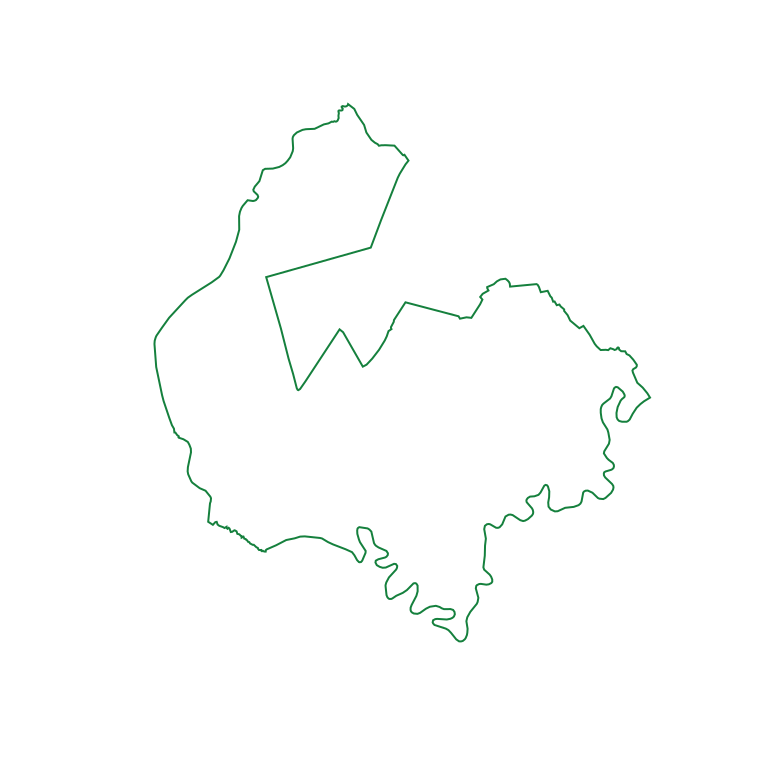 Khong Chai, Kalasin, Thailand (orthographic projection), rotated 327°
{"feature_id": "78962969B1811381389630", "entity_name": "Khong Chai", "entity_type": "district", "adm_level": 2, "iso_a3": "THA", "parent_name": "Thailand", "parent_adm1": "Kalasin", "projection": "orthographic", "projection_center": [103.475, 16.263], "detail": "fine", "context": "isolated", "style": "outline", "palette": "green", "viewbox_px": 768, "rotation_deg": 327, "n_neighbors": 0, "source": "geoboundaries", "source_scale": "gbopen_adm2", "svg_char_len": 6166}
<svg xmlns="http://www.w3.org/2000/svg" viewBox="0 0 768 768"><g transform="rotate(327 384 384)"><path d="M599.7,540.3L599.8,535.2L599.0,527.9L597.1,520.9L599.0,510.0L599.7,508.0L601.1,507.3L604.4,507.4L605.7,506.7L606.5,505.6L606.3,499.3L605.4,493.7L603.8,491.0L604.1,488.0L600.8,485.7L600.0,483.3L600.6,481.5L600.2,480.8L599.5,480.7L598.0,481.5L596.0,481.1L595.1,479.5L593.3,477.3L590.5,477.7L588.6,476.1L584.2,473.5L582.9,468.3L582.6,465.0L583.3,454.8L582.9,443.9L578.2,443.6L574.7,432.2L575.5,426.3L574.9,420.8L575.7,419.6L575.6,419.1L574.4,415.1L574.4,412.9L571.8,412.0L572.0,407.7L570.7,407.1L571.7,402.9L571.3,401.1L572.0,395.0L565.5,392.4L566.8,387.0L566.9,384.5L566.3,383.3L542.8,371.0L544.1,368.4L544.4,366.8L544.1,364.6L543.2,361.9L538.6,359.7L534.6,359.4L530.4,360.1L523.3,358.9L522.8,359.8L522.5,362.5L515.9,362.1L512.1,363.4L512.5,366.8L508.0,369.5L493.3,376.1L489.5,373.0L483.3,370.6L483.4,367.8L446.5,327.2L427.2,335.8L426.0,337.2L420.8,340.1L420.3,340.9L420.2,342.0L416.6,342.1L412.3,345.5L408.4,347.9L398.5,352.6L388.0,356.3L379.9,358.3L375.7,357.9L377.9,318.3L376.5,314.0L319.5,339.0L310.9,342.5L308.8,342.5L308.4,341.9L308.5,340.2L313.2,326.2L317.8,310.7L327.7,281.5L343.4,230.2L447.2,262.4L470.9,244.9L507.9,218.5L511.8,216.2L521.7,211.5L526.2,210.0L526.0,202.9L524.8,202.7L524.5,202.3L522.6,189.8L515.7,184.8L511.9,182.4L509.5,181.4L509.3,179.4L507.8,176.7L506.4,172.4L506.2,163.5L508.4,155.9L508.1,143.7L508.9,137.1L506.3,129.7L505.4,130.5L503.8,130.6L502.4,130.1L500.7,128.4L499.6,128.3L499.2,129.1L499.3,130.7L498.2,131.7L497.1,131.4L495.4,130.1L494.7,130.1L494.1,130.8L493.7,132.2L491.9,134.2L490.8,136.3L488.6,137.8L487.2,138.0L486.2,137.5L485.5,136.6L484.0,136.4L483.1,135.5L479.4,135.2L474.9,133.5L464.8,132.2L457.3,127.8L454.1,126.5L447.9,125.6L443.8,126.3L442.0,127.3L440.9,128.5L436.2,136.8L434.2,139.1L428.8,142.8L424.7,144.3L421.6,145.1L418.2,145.3L414.3,144.9L408.1,142.8L401.5,138.8L398.8,138.7L390.0,146.0L383.1,148.1L380.2,149.9L379.7,151.5L380.9,156.6L380.5,158.4L379.7,159.1L376.9,160.0L375.4,159.8L373.8,159.2L369.7,155.6L362.6,157.7L360.3,158.8L357.0,161.1L353.9,164.3L346.6,175.8L337.3,184.1L322.8,194.5L311.3,201.2L305.7,203.9L304.1,204.4L294.8,204.9L271.6,204.6L266.5,204.8L263.1,205.5L239.9,211.4L228.6,215.8L219.6,219.5L218.0,220.5L215.3,222.8L213.3,225.4L202.2,245.7L191.8,272.5L189.9,278.2L185.5,295.3L183.7,303.1L183.5,307.1L181.8,310.5L182.6,311.1L182.7,314.1L183.4,316.1L182.6,316.8L182.6,317.2L185.7,321.1L187.9,325.7L187.7,328.8L186.8,333.0L184.9,336.2L174.2,347.0L171.7,350.4L170.6,353.1L169.4,360.7L169.5,362.3L172.7,371.0L176.2,376.3L177.0,383.9L176.7,385.6L174.7,388.1L173.1,389.3L161.5,403.8L163.8,408.9L167.3,408.0L168.6,408.5L167.9,411.2L168.6,413.2L171.0,416.3L171.8,417.9L174.2,418.0L173.6,419.2L173.9,420.2L175.4,420.0L175.7,421.1L174.9,424.7L176.2,425.3L178.8,425.2L179.3,425.7L180.1,427.3L179.4,429.8L180.8,431.3L181.2,433.4L181.7,433.8L180.9,435.3L183.0,435.5L182.6,437.7L183.6,438.7L183.6,439.8L184.1,440.5L184.0,442.2L184.9,443.3L184.8,444.7L186.3,447.4L187.2,447.9L188.1,451.5L188.9,452.7L188.6,453.7L188.8,455.2L190.6,456.3L190.3,457.1L190.6,457.8L191.5,457.8L192.3,459.3L193.5,460.1L194.4,459.0L195.5,458.8L205.7,460.5L217.0,461.6L225.1,464.8L230.5,466.3L234.5,468.6L246.5,478.3L247.9,479.8L250.9,486.0L253.9,490.8L261.8,501.7L265.6,507.6L265.9,511.5L265.5,517.1L266.0,519.7L266.6,520.3L267.9,520.8L269.5,520.3L276.5,515.6L277.7,514.0L277.7,503.6L278.3,500.7L280.0,495.2L281.7,492.3L283.0,490.9L283.8,490.6L285.3,490.6L291.6,496.2L292.5,498.1L293.0,500.9L289.0,511.9L288.9,513.8L289.2,515.4L290.4,518.1L295.1,525.3L295.1,528.1L294.0,529.5L292.0,530.2L290.4,530.1L283.8,527.9L280.9,527.7L279.6,529.1L279.3,532.0L280.8,535.0L282.8,537.4L285.5,538.9L294.5,540.3L295.9,541.5L296.0,543.8L294.8,545.2L293.2,546.2L282.8,548.9L277.8,551.7L275.7,553.6L275.0,554.8L271.1,562.5L270.7,564.8L271.0,566.5L271.6,567.3L273.0,568.2L274.2,568.4L279.0,568.3L286.0,569.4L291.0,569.3L300.1,567.3L301.6,567.9L302.4,569.0L302.4,571.3L299.3,576.2L295.8,579.3L286.8,584.4L284.5,586.1L283.2,588.0L282.8,589.5L283.1,591.0L284.0,592.7L286.9,595.0L289.6,595.6L296.8,595.3L301.2,595.8L306.7,598.3L309.2,601.3L310.3,603.6L311.7,605.5L317.2,609.0L318.9,611.1L319.0,613.5L318.0,615.7L316.0,617.1L314.1,617.4L311.9,617.1L308.4,615.7L300.6,609.9L298.9,609.1L296.5,608.9L295.0,610.4L294.8,611.6L295.1,613.6L302.6,622.8L304.0,625.5L304.7,629.2L305.5,637.5L306.8,640.7L308.3,641.8L310.1,642.4L312.8,642.1L314.2,641.5L316.8,639.7L318.4,638.0L320.8,634.8L323.9,627.8L326.8,625.0L332.3,622.1L342.1,618.9L343.8,617.8L346.7,614.7L349.7,605.4L351.4,603.6L352.5,603.3L354.9,603.6L356.4,604.4L360.5,608.0L362.8,609.1L365.6,609.4L367.1,608.8L368.3,606.9L368.9,603.9L368.8,601.4L366.9,594.3L367.5,591.9L375.0,582.9L380.7,574.6L385.2,569.2L389.0,560.3L391.4,557.9L394.0,557.7L395.7,558.5L396.7,559.6L399.7,565.6L401.2,566.7L402.9,567.1L406.7,566.1L413.7,561.3L417.3,561.5L419.0,562.4L420.5,564.0L424.1,572.4L426.0,574.7L427.8,575.4L431.1,575.7L436.4,574.9L438.3,574.0L439.4,572.7L440.2,570.7L440.4,568.9L439.3,560.9L439.8,559.5L440.7,558.6L442.6,557.9L445.2,558.0L449.0,560.1L453.2,561.1L456.1,560.3L463.0,556.6L464.5,556.6L465.5,557.6L465.7,559.2L464.2,564.0L460.8,568.9L457.2,572.8L455.2,576.5L455.5,580.1L457.9,583.9L460.4,585.3L468.5,586.5L476.2,590.4L481.2,591.6L483.6,591.3L485.6,590.2L492.0,583.5L493.3,583.1L495.0,583.3L496.9,584.4L499.6,588.7L501.3,596.1L502.2,597.5L505.2,599.9L507.7,600.2L515.2,599.0L518.6,597.3L520.1,595.8L520.8,594.3L520.8,592.1L518.6,582.8L518.7,580.4L519.7,578.7L520.6,578.0L522.1,578.0L527.8,579.7L529.1,579.8L530.8,579.4L532.0,578.3L532.7,577.0L532.9,574.9L531.1,569.9L530.6,567.4L530.6,562.0L532.1,560.4L540.1,556.6L542.8,553.8L545.7,546.9L546.6,543.8L546.7,535.4L547.7,531.3L550.1,526.2L552.1,523.1L553.6,521.7L555.4,520.5L557.3,520.0L565.7,519.3L568.0,518.2L574.2,513.2L575.3,512.7L577.0,512.8L578.2,514.0L580.1,520.4L579.9,523.8L579.4,525.1L578.4,525.9L575.1,526.3L573.3,526.9L567.4,530.6L563.2,534.9L561.0,538.6L560.6,541.0L561.1,543.1L563.1,545.3L567.0,547.8L568.3,548.0L570.7,547.6L576.4,544.4L583.0,541.5L588.1,540.5L592.7,540.1L599.7,540.3Z" fill="none" stroke="#15803d" stroke-width="2"/></g></svg>